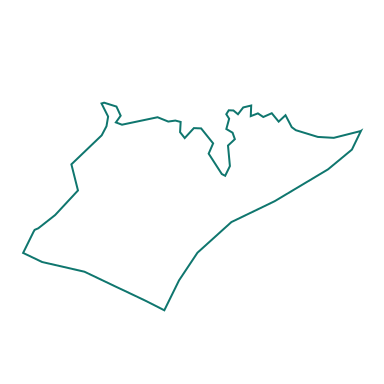 the district of Rakwon, Hamgyŏng-namdo, North Korea, rotated 205°
{"feature_id": "82179303B33699377246047", "entity_name": "Rakwon", "entity_type": "district", "adm_level": 2, "iso_a3": "PRK", "parent_name": "North Korea", "parent_adm1": "Hamgyŏng-namdo", "projection": "mercator", "projection_center": [127.798, 39.909], "detail": "fine", "context": "isolated", "style": "outline", "palette": "teal", "viewbox_px": 384, "rotation_deg": 205, "n_neighbors": 0, "source": "geoboundaries", "source_scale": "gbopen_adm2", "svg_char_len": 953}
<svg xmlns="http://www.w3.org/2000/svg" viewBox="0 0 384 384"><g transform="rotate(205 192 192)"><path d="M64.7,318.8L64.9,318.5L86.4,301.0L101.2,295.1L124.0,291.9L129.0,292.9L139.7,301.1L143.2,292.4L153.0,297.1L159.1,290.1L165.5,291.1L170.8,285.6L174.9,295.4L181.3,290.3L183.2,281.9L188.9,283.4L193.2,281.6L193.8,277.0L189.3,274.1L187.5,263.6L180.3,262.9L175.5,258.0L175.8,257.2L179.0,249.3L168.6,231.5L168.8,220.7L172.6,220.9L193.1,233.8L193.4,245.0L210.6,253.5L217.3,250.7L221.4,237.8L228.1,241.2L231.9,250.7L237.3,249.7L243.3,245.8L254.8,245.2L283.9,223.4L290.4,222.9L288.9,231.0L296.6,237.5L309.4,235.8L311.4,234.0L299.9,224.9L297.3,215.5L297.8,205.2L313.0,166.1L296.0,145.2L306.3,113.3L316.0,94.1L318.6,91.2L318.8,88.8L319.3,65.4L298.2,65.2L255.8,74.3L222.0,74.0L200.9,73.9L188.2,73.8L167.1,73.1L166.9,83.0L166.4,106.5L161.4,139.3L143.6,181.4L113.2,218.6L78.3,270.0L65.0,298.0L64.7,318.8Z" fill="none" stroke="#0f766e" stroke-width="2"/></g></svg>